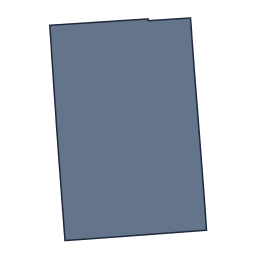 outline of Beaver, Oklahoma, United States of America, rotated 86°
{"feature_id": "52423323B54206730940034", "entity_name": "Beaver", "entity_type": "district", "adm_level": 2, "iso_a3": "USA", "parent_name": "United States of America", "parent_adm1": "Oklahoma", "projection": "albers", "projection_center": [-100.56, 36.751], "detail": "fine", "context": "isolated", "style": "filled", "palette": "slate", "viewbox_px": 256, "rotation_deg": 86, "n_neighbors": 0, "source": "geoboundaries", "source_scale": "gbopen_adm2", "svg_char_len": 850}
<svg xmlns="http://www.w3.org/2000/svg" viewBox="0 0 256 256"><g transform="rotate(86 128 128)"><path d="M235.4,56.8L234.7,56.8L215.8,56.8L209.8,56.8L193.6,56.9L192.6,56.9L192.2,56.9L190.5,56.9L111.5,57.5L111.2,57.5L102.5,57.6L93.8,57.7L93.0,57.7L83.5,57.8L70.2,57.9L65.2,57.8L63.2,57.9L54.1,57.9L52.2,57.9L42.9,58.0L34.7,57.9L31.9,57.9L22.6,58.0L22.4,100.3L20.6,100.3L20.1,198.9L24.2,198.9L28.2,198.9L36.0,198.9L41.5,198.9L43.5,198.9L49.6,199.0L53.7,199.0L54.4,199.0L63.8,199.0L72.3,199.0L75.8,199.1L87.4,199.1L89.5,199.1L102.2,199.1L104.2,199.1L104.3,199.1L105.5,199.1L112.7,199.1L116.1,199.1L116.3,199.2L118.2,199.2L136.6,199.1L138.2,199.1L141.1,199.1L142.8,199.1L150.8,199.1L156.9,199.1L160.8,199.1L163.2,199.0L166.1,199.0L195.6,198.9L216.3,198.8L235.9,198.7L235.9,172.2L235.4,56.8Z" fill="#64748b" stroke="#1e293b" stroke-width="1.5"/></g></svg>